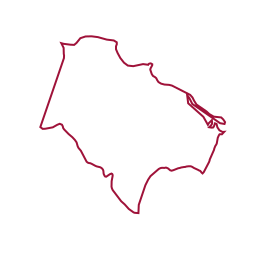 Stann Creek, Albers equal-area conic projection, rotated 290°
{"feature_id": "BLZ-1355", "entity_name": "Stann Creek", "entity_type": "District", "adm_level": 1, "iso_a3": "BLZ", "parent_name": "Belize", "parent_adm1": "", "projection": "albers", "projection_center": [-88.471, 16.817], "detail": "fine", "context": "isolated", "style": "outline", "palette": "rose", "viewbox_px": 256, "rotation_deg": 290, "n_neighbors": 0, "source": "natural_earth", "source_scale": "10m", "svg_char_len": 2124}
<svg xmlns="http://www.w3.org/2000/svg" viewBox="0 0 256 256"><g transform="rotate(290 128 128)"><path d="M184.9,36.3L185.1,38.8L186.6,45.4L187.7,49.0L190.3,50.5L196.1,52.5L199.5,56.8L201.7,62.4L203.1,68.6L203.8,77.8L205.4,84.7L204.7,88.1L203.0,88.8L200.6,88.8L197.9,89.8L194.9,92.6L191.1,96.9L188.0,101.9L186.6,106.5L187.9,111.8L193.2,120.3L194.3,125.3L194.8,125.3L195.8,126.0L196.5,127.3L196.2,129.0L195.2,129.3L191.6,128.8L190.4,129.0L186.9,131.8L185.5,133.6L185.0,136.2L184.4,137.6L183.0,139.0L181.6,140.9L181.0,143.9L181.3,147.4L182.6,151.9L182.9,154.7L180.4,175.1L178.7,178.2L176.3,180.7L173.5,184.3L170.4,196.1L168.9,199.7L168.0,204.7L169.8,212.0L168.6,214.6L166.7,217.2L164.8,217.3L164.0,212.9L172.6,180.2L177.2,175.3L179.0,172.4L171.8,176.1L164.3,195.0L158.3,202.0L160.2,202.3L164.0,204.1L162.1,205.1L160.7,205.5L159.0,205.2L156.5,204.1L157.0,206.7L157.7,207.9L159.2,208.2L162.1,208.1L162.1,209.8L159.2,211.8L157.1,214.7L156.6,218.2L157.3,219.7L154.2,218.4L153.4,216.2L152.3,215.9L149.5,215.7L143.8,216.7L142.6,216.6L141.0,216.2L138.2,216.1L137.0,216.3L126.2,215.6L125.4,215.8L123.7,215.8L112.5,214.3L110.8,213.6L111.3,212.3L111.8,211.6L112.4,210.5L112.4,209.3L112.6,208.3L113.0,203.6L113.4,201.8L113.5,200.8L113.4,199.7L112.9,198.3L111.8,196.1L111.0,195.1L110.4,193.8L109.7,192.6L109.1,191.5L108.2,190.4L107.3,188.9L104.0,185.2L102.8,183.6L102.7,182.1L103.7,179.5L103.8,178.3L103.8,177.2L103.0,176.0L102.2,173.5L101.4,172.2L100.0,170.9L90.5,165.6L86.4,164.6L80.2,163.9L59.5,164.4L51.6,166.9L50.6,163.3L50.6,162.1L52.2,156.4L55.1,151.0L56.8,146.7L64.4,134.9L65.7,133.6L67.2,132.6L72.5,130.8L77.4,130.0L78.5,129.7L79.4,128.9L79.5,128.0L78.4,126.8L74.8,124.2L74.6,123.2L75.1,122.3L76.6,120.8L79.3,119.5L80.2,118.8L80.9,117.8L81.4,116.6L81.6,115.2L81.2,111.6L81.3,110.1L81.9,106.2L82.0,104.5L81.7,103.3L81.7,102.0L82.2,100.6L90.5,91.5L92.4,88.2L93.7,86.9L96.9,84.6L98.6,82.2L100.3,78.9L102.0,74.3L104.8,68.5L105.7,67.2L107.3,66.1L108.5,64.8L108.6,62.4L106.8,60.4L102.9,57.1L99.0,50.5L98.0,48.1L98.9,45.3L171.7,43.9L174.3,43.1L175.7,42.3L181.3,40.1L184.9,36.3Z" fill="none" stroke="#9f1239" stroke-width="2"/></g></svg>